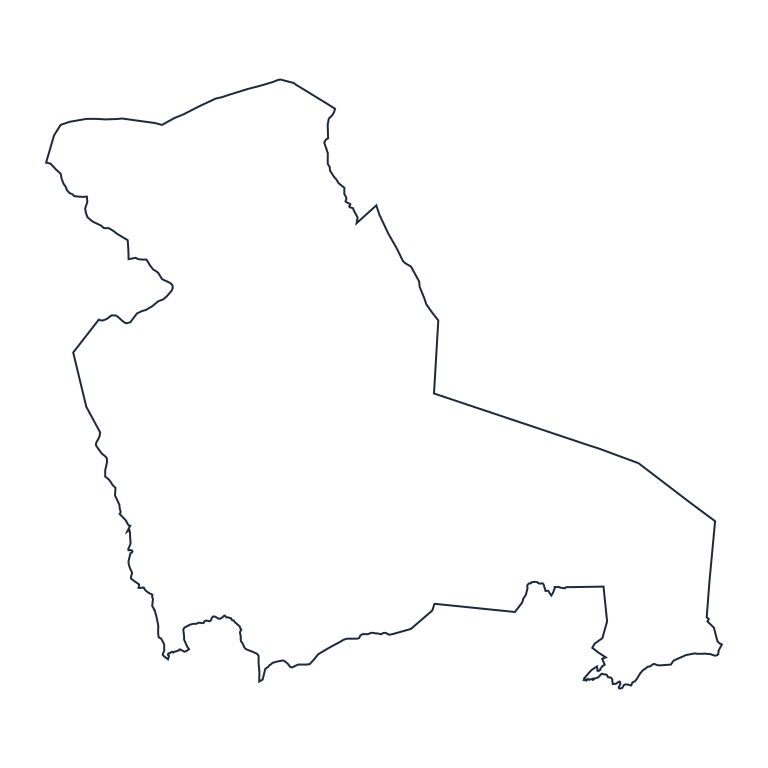 the district of Ziracuaretiro, Michoacán, Mexico
{"feature_id": "50627088B75653090640966", "entity_name": "Ziracuaretiro", "entity_type": "district", "adm_level": 2, "iso_a3": "MEX", "parent_name": "Mexico", "parent_adm1": "Michoacán", "projection": "orthographic", "projection_center": [-101.91, 19.437], "detail": "fine", "context": "isolated", "style": "outline", "palette": "slate", "viewbox_px": 768, "rotation_deg": 0, "n_neighbors": 0, "source": "geoboundaries", "source_scale": "gbopen_adm2", "svg_char_len": 6073}
<svg xmlns="http://www.w3.org/2000/svg" viewBox="0 0 768 768"><path d="M718.2,654.4L718.7,650.4L721.9,644.5L720.8,643.8L719.6,643.5L717.8,641.6L717.3,640.8L713.9,627.7L707.4,621.4L708.7,619.4L708.7,618.9L706.7,617.3L709.5,580.8L715.1,521.2L689.8,502.4L638.5,463.2L599.0,448.6L588.1,445.1L434.0,393.5L438.3,320.4L432.3,312.8L426.2,304.1L424.5,298.8L419.6,286.7L419.2,281.6L411.1,266.7L405.1,263.1L402.9,261.0L396.7,248.3L388.5,234.0L379.5,215.0L376.3,205.4L356.6,223.2L357.6,217.4L353.9,210.7L353.0,208.2L349.6,207.2L349.3,206.2L350.3,204.7L350.2,204.0L345.7,201.8L345.6,200.8L346.3,199.4L346.3,197.6L344.3,194.0L344.4,187.8L338.6,183.2L336.1,179.1L334.1,177.0L330.0,170.6L329.7,167.1L327.7,163.7L327.8,153.3L326.0,147.6L324.2,142.7L326.1,139.4L328.1,138.4L327.7,124.9L328.8,118.6L332.1,115.5L334.0,112.3L335.1,108.8L327.5,104.0L295.8,84.6L293.8,83.0L280.3,79.5L277.6,80.1L272.6,82.1L261.5,85.4L247.7,89.0L229.3,94.7L222.2,97.1L215.6,98.6L198.8,106.5L183.4,114.4L174.5,118.0L162.0,124.9L155.3,123.1L122.1,118.5L117.2,119.0L105.4,119.4L96.7,118.9L86.3,118.9L69.6,121.8L60.6,124.9L54.0,135.5L46.1,162.6L50.5,163.6L55.9,169.4L60.7,173.8L61.6,178.7L63.8,184.3L65.5,186.3L67.0,190.3L69.6,193.1L72.2,194.1L74.2,196.1L78.6,196.6L83.1,196.9L86.9,196.6L87.3,202.1L85.1,208.5L86.0,213.3L87.6,217.4L92.7,221.6L101.1,225.6L103.9,228.1L108.9,228.2L113.5,231.0L116.9,233.7L122.1,236.9L127.7,240.2L128.4,250.5L128.6,259.2L135.7,257.8L138.3,259.2L142.8,259.6L146.5,259.6L149.9,265.3L153.2,269.5L156.0,271.2L158.2,272.8L162.0,279.1L169.4,282.6L171.1,283.7L172.1,284.8L172.7,286.5L172.7,288.1L171.6,290.7L166.9,296.2L163.2,299.4L158.3,301.2L152.3,306.2L145.8,310.0L141.9,311.1L136.9,313.5L130.3,322.3L126.4,323.3L124.5,322.5L122.3,320.8L117.9,316.8L115.8,315.5L111.5,315.4L106.5,319.1L102.7,320.5L99.9,320.2L98.8,319.6L73.2,352.5L86.3,406.8L100.2,432.5L99.4,436.8L96.2,442.9L95.9,445.1L97.3,447.4L101.9,453.7L104.6,455.8L106.7,457.9L107.1,461.8L105.2,470.4L105.2,476.6L108.6,479.2L110.9,482.2L112.4,484.8L115.5,487.9L115.0,495.4L119.3,504.6L119.8,508.8L120.6,511.5L120.5,512.9L119.6,513.9L126.1,520.7L127.2,523.2L128.6,525.2L129.4,525.8L130.1,525.8L127.2,531.6L129.4,530.1L130.0,532.8L130.1,536.7L130.6,542.5L130.1,544.9L128.3,548.9L128.5,550.2L131.7,550.2L132.5,551.5L132.1,552.3L130.4,553.4L128.5,561.4L128.7,564.0L129.8,567.7L132.1,572.9L130.9,577.3L131.2,578.8L139.0,584.4L139.2,585.4L138.5,587.7L139.9,588.0L143.6,587.5L145.3,590.2L148.5,592.8L152.4,594.7L152.1,596.8L153.0,599.0L152.2,605.9L153.9,608.9L153.9,609.6L154.6,609.9L156.6,617.3L158.3,625.9L158.1,631.6L158.2,634.1L158.7,637.4L160.9,638.4L162.4,640.8L163.9,643.8L164.2,644.9L164.2,650.2L164.3,650.4L162.8,654.1L162.8,654.9L163.8,656.1L168.0,659.3L169.0,655.9L168.0,655.0L168.1,653.9L168.8,653.2L170.0,653.2L171.5,651.8L172.8,651.9L173.2,652.5L175.1,651.5L178.8,650.5L179.2,649.6L179.7,649.4L180.3,649.5L184.4,651.7L186.2,651.2L189.0,649.2L187.6,647.3L186.3,644.7L184.1,639.6L184.1,636.4L183.4,630.5L183.2,629.8L184.3,627.7L190.2,624.6L193.5,623.8L196.3,623.8L198.3,622.8L200.1,622.7L202.3,623.2L203.3,623.0L203.9,622.6L204.4,621.3L205.9,620.6L207.4,620.7L208.7,621.2L210.0,621.1L210.8,620.5L211.9,617.8L212.6,616.9L213.3,616.4L215.5,616.8L217.6,618.2L218.9,618.7L219.8,618.8L220.2,618.7L222.5,617.3L224.2,615.7L225.0,615.7L226.0,617.0L226.5,617.4L227.1,617.5L227.9,617.3L229.0,617.6L229.7,618.1L231.1,618.3L231.8,619.9L232.2,620.2L233.7,620.5L235.0,622.4L235.6,622.8L238.8,625.6L239.6,626.3L239.9,626.9L240.7,629.2L241.3,629.6L240.2,631.6L240.0,633.1L240.8,636.3L240.7,639.2L240.9,640.9L241.5,642.1L242.6,643.3L244.2,647.1L244.9,648.1L245.8,649.0L247.0,649.6L252.9,651.9L257.1,653.8L258.6,655.9L258.6,663.4L259.4,672.4L259.2,681.5L262.6,679.6L265.3,668.9L268.4,666.7L269.6,665.1L271.1,664.2L272.7,662.7L274.4,662.4L276.0,661.8L282.4,660.5L283.9,660.7L287.5,663.4L290.2,666.9L292.3,667.4L295.8,665.6L298.6,664.5L305.4,664.6L309.6,664.2L314.5,658.9L318.1,654.3L327.7,648.6L333.6,645.3L339.0,642.5L343.3,639.9L345.9,639.0L347.5,638.7L356.8,638.7L358.9,638.2L359.7,636.9L360.0,635.9L360.9,635.1L362.2,634.3L363.5,634.1L367.6,634.2L369.2,633.7L370.8,632.9L371.7,632.8L373.2,632.9L375.6,633.4L377.5,633.4L381.1,634.3L382.6,633.3L383.8,632.9L384.9,632.9L385.9,633.0L388.8,634.6L389.6,634.7L392.2,634.2L410.8,629.0L432.3,610.5L434.5,603.8L514.9,612.0L522.2,602.5L523.3,598.6L525.8,595.0L527.5,588.4L527.2,585.7L527.5,585.0L528.6,583.8L529.3,583.3L530.8,583.3L531.2,582.9L531.4,582.3L534.5,581.8L537.5,582.2L538.1,583.1L539.0,583.5L541.3,583.5L541.9,583.3L542.6,583.4L543.0,583.8L543.5,584.3L544.1,586.0L544.4,587.4L544.9,588.4L545.5,590.9L548.1,590.8L548.7,591.5L549.7,593.3L551.3,595.5L552.9,593.0L553.4,591.8L554.8,588.0L554.7,587.0L559.3,587.1L559.4,587.3L561.2,587.8L564.8,588.3L566.2,587.1L572.7,587.1L603.5,586.6L607.1,621.4L602.4,638.1L594.6,643.7L592.3,647.8L598.3,652.5L605.8,657.4L602.2,658.8L604.7,664.7L604.3,665.1L602.3,666.1L600.1,669.4L600.2,669.9L598.3,671.1L597.4,670.7L597.4,668.5L597.0,666.5L593.6,668.6L591.5,670.1L590.8,670.7L584.0,678.6L584.2,679.5L583.8,680.1L584.3,680.3L585.0,679.9L586.3,679.5L586.5,680.4L588.3,678.9L589.2,679.8L592.9,678.7L593.0,679.8L593.4,679.7L594.2,679.1L594.5,678.6L598.3,677.3L601.5,673.9L602.0,673.7L603.5,674.3L606.1,674.5L606.9,675.0L607.3,675.6L607.5,676.5L607.9,677.0L608.7,677.4L610.4,677.4L611.4,678.1L612.1,679.0L612.3,679.4L612.3,681.3L612.7,682.8L612.8,684.1L615.8,683.8L617.8,682.6L618.6,681.9L619.4,681.5L620.0,681.8L620.4,683.5L619.7,685.5L618.9,686.8L618.8,687.6L619.0,688.2L619.5,688.5L620.4,688.5L622.4,687.8L623.7,685.3L624.3,684.8L625.3,684.4L627.4,684.5L629.7,685.0L630.4,685.4L630.8,685.5L631.2,685.4L631.5,684.8L632.0,683.1L632.6,682.5L633.6,681.8L634.6,681.5L635.3,680.9L636.8,678.9L640.5,672.9L641.7,671.7L642.5,670.6L643.7,669.7L645.7,668.4L647.6,666.8L650.3,666.3L652.5,664.5L653.6,664.0L654.4,664.0L657.5,665.2L659.5,665.4L670.7,664.6L670.9,664.5L673.2,661.1L674.5,660.2L685.9,655.1L694.1,653.5L695.0,653.4L697.6,653.8L702.0,653.8L705.2,653.6L707.7,654.0L709.6,653.9L714.9,655.7L716.8,655.3L718.2,654.4Z" fill="none" stroke="#1e293b" stroke-width="2"/></svg>